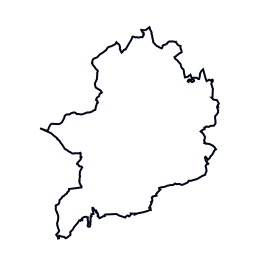 Ticleni, Gorj, Romania (Albers equal-area conic projection), rotated 167°
{"feature_id": "2599482B86520086133698", "entity_name": "Ticleni", "entity_type": "district", "adm_level": 2, "iso_a3": "ROU", "parent_name": "Romania", "parent_adm1": "Gorj", "projection": "albers", "projection_center": [23.405, 44.879], "detail": "fine", "context": "isolated", "style": "outline", "palette": "ink", "viewbox_px": 256, "rotation_deg": 167, "n_neighbors": 0, "source": "geoboundaries", "source_scale": "gbopen_adm2", "svg_char_len": 5739}
<svg xmlns="http://www.w3.org/2000/svg" viewBox="0 0 256 256"><g transform="rotate(167 128 128)"><path d="M93.0,220.6L93.1,220.3L92.5,219.2L92.5,218.5L92.1,218.1L92.0,217.6L91.4,217.1L91.5,216.5L92.0,216.0L91.9,215.3L91.7,215.3L91.9,214.8L92.4,214.6L93.4,213.2L95.2,213.8L96.1,213.6L98.0,213.9L99.1,214.6L100.2,214.5L101.9,215.7L103.1,216.0L103.9,214.5L105.2,213.0L112.2,205.6L112.6,205.6L112.7,205.1L114.6,204.9L116.5,203.2L117.3,202.9L117.9,204.9L117.7,205.8L118.2,206.7L117.6,208.5L117.7,210.5L117.9,211.3L119.6,213.3L119.9,214.2L120.4,213.9L120.9,213.0L121.4,212.6L125.4,211.5L128.8,211.3L129.9,210.7L132.2,208.5L133.1,208.4L134.8,207.4L138.9,206.0L142.1,203.8L145.8,203.2L146.6,202.7L147.6,201.5L148.4,199.5L148.1,199.4L148.2,197.6L146.9,195.2L146.2,193.1L144.7,191.0L144.7,189.8L145.5,189.0L146.3,185.6L146.8,184.8L147.2,182.7L148.0,181.8L150.4,178.6L150.4,175.2L150.1,174.4L146.3,170.8L145.5,168.4L147.8,167.7L148.4,166.9L148.9,165.6L151.3,164.6L152.2,163.7L152.8,162.4L152.0,161.8L151.6,159.5L152.6,159.3L154.0,156.7L154.5,156.2L155.6,153.3L156.0,153.0L157.8,152.8L158.9,152.2L161.8,151.8L164.4,152.3L168.3,151.7L170.7,151.7L173.3,152.9L174.8,153.1L175.8,154.7L177.5,155.4L180.3,155.1L182.1,154.4L184.5,155.0L185.9,154.6L187.0,153.9L187.9,152.1L191.1,148.4L192.0,148.0L193.3,147.5L194.8,147.4L201.1,149.2L202.2,149.0L202.8,148.7L204.9,146.4L206.1,144.3L206.8,143.9L208.3,143.9L213.7,147.5L204.0,140.1L201.5,136.6L199.2,133.9L199.5,133.6L199.4,133.2L197.6,130.9L197.1,129.1L195.8,126.4L194.5,122.5L194.0,121.5L193.0,120.8L190.3,117.8L189.3,117.2L188.7,116.3L187.2,115.4L185.1,115.3L181.9,114.4L180.2,114.5L180.2,114.0L179.9,113.8L180.2,113.4L180.4,111.0L180.8,110.5L179.9,110.0L181.3,108.0L185.7,104.9L185.6,104.0L184.7,103.6L184.0,101.6L182.3,101.0L181.5,100.0L184.6,96.4L185.6,93.2L185.7,92.3L185.5,92.0L186.6,89.5L187.0,87.6L187.5,87.3L187.4,84.5L187.1,83.9L187.0,82.9L186.5,82.0L186.5,81.3L187.1,80.9L187.0,80.6L199.2,81.8L199.4,80.8L200.0,80.2L200.1,79.7L201.5,79.1L202.0,78.6L202.1,78.0L204.6,77.0L205.9,76.1L207.3,75.9L208.7,74.4L210.9,73.2L211.9,70.4L213.2,69.3L215.6,68.9L216.0,68.5L216.1,67.1L216.6,65.7L216.7,64.4L216.6,63.2L216.1,62.2L216.4,61.3L216.0,60.4L215.8,58.0L216.1,57.0L216.1,56.1L217.0,53.9L218.6,50.9L218.6,49.9L218.9,48.7L218.6,48.0L218.6,46.0L218.2,43.4L218.9,42.4L222.0,40.1L220.9,37.7L220.9,36.0L220.1,36.0L219.7,38.3L219.4,38.6L217.4,37.3L214.8,36.3L213.5,34.6L210.8,35.4L209.4,36.3L208.3,36.6L207.9,37.4L207.8,39.5L204.6,41.5L202.8,43.6L198.3,46.9L196.6,48.7L196.2,49.0L195.3,48.3L194.9,48.9L194.3,49.1L193.3,48.5L193.0,49.3L193.3,50.2L192.2,50.8L190.3,51.1L188.8,51.0L188.2,50.3L187.3,50.1L187.4,49.3L187.8,48.9L187.7,47.6L188.1,46.6L187.7,45.3L188.3,44.6L188.4,43.9L188.2,43.6L189.2,42.3L189.3,41.3L188.8,40.7L187.7,40.5L187.5,40.8L187.2,40.7L186.3,42.6L185.9,44.9L185.4,45.3L185.5,46.1L185.2,46.6L184.7,48.9L184.4,49.0L184.2,50.4L183.3,50.3L183.0,52.3L180.9,52.0L180.9,56.7L180.6,58.2L180.0,58.1L178.2,53.6L178.1,53.9L178.4,54.9L177.7,54.9L177.4,53.4L176.8,52.1L176.6,50.4L176.8,49.6L177.3,49.4L177.4,48.8L176.6,48.5L176.6,47.4L175.9,46.5L171.9,47.6L170.5,47.4L170.4,47.8L170.7,48.1L170.6,48.3L169.5,48.8L158.7,46.8L155.9,44.4L150.8,41.4L149.9,42.2L148.2,42.9L147.3,42.4L147.0,41.7L146.5,41.7L144.0,43.4L144.5,43.7L144.5,44.1L141.4,43.1L140.3,43.1L140.0,42.7L140.4,42.2L139.3,42.3L138.4,42.7L131.7,42.5L127.1,42.8L124.9,43.3L124.3,43.0L124.1,45.1L125.3,45.5L125.1,45.9L124.5,46.1L123.4,47.9L122.8,48.1L122.1,49.5L122.2,50.4L121.4,50.3L121.3,50.7L121.6,51.1L120.5,51.9L120.4,55.0L119.7,55.0L119.2,55.7L117.2,55.8L116.0,55.5L115.4,55.6L115.6,56.7L115.3,57.4L114.9,57.5L114.0,58.5L111.8,59.7L110.6,60.6L111.0,60.8L111.3,61.3L111.2,62.5L109.1,62.7L105.1,62.4L103.3,62.9L99.3,62.8L97.1,62.3L94.5,63.3L93.5,62.4L90.3,61.9L88.9,60.6L87.7,60.4L82.4,61.4L80.5,63.0L78.9,62.4L72.0,62.8L66.7,64.5L63.3,65.1L62.2,67.2L61.4,67.9L61.0,69.3L60.9,71.9L61.0,72.9L60.9,73.6L58.9,75.4L58.6,75.5L58.1,74.9L57.8,75.1L58.0,75.7L59.0,77.0L58.7,77.7L59.2,77.8L59.5,78.3L59.7,79.3L59.5,80.2L59.7,82.0L58.8,82.5L57.2,79.2L56.4,79.6L55.1,80.4L53.6,82.2L52.9,82.4L51.8,83.2L48.4,87.1L47.1,87.4L47.9,89.6L49.5,92.0L50.6,92.6L52.0,94.0L54.7,95.0L55.8,95.2L56.9,96.1L56.2,96.5L56.8,98.3L55.7,100.2L55.0,102.2L56.0,105.3L56.6,106.4L56.6,106.9L57.2,107.1L58.0,108.3L55.5,109.5L53.6,109.7L53.5,111.2L52.2,111.3L52.0,111.6L51.0,111.8L49.8,111.1L48.5,110.9L47.6,111.5L43.7,110.9L41.7,112.9L41.3,114.4L40.8,118.8L40.4,119.9L38.7,121.1L36.7,122.9L36.2,125.0L36.6,128.3L35.6,129.7L35.4,129.4L35.4,130.0L34.5,130.7L34.0,131.5L35.1,135.2L38.5,136.5L39.8,138.8L38.9,138.6L36.4,147.4L36.8,148.6L36.6,149.9L37.0,152.2L35.7,154.0L35.1,154.2L34.7,154.7L34.6,155.7L34.8,156.1L35.3,156.2L36.8,155.5L37.9,156.8L40.9,156.0L41.3,159.3L41.6,168.3L43.8,166.9L45.6,164.8L46.7,161.5L47.8,159.7L48.3,159.8L50.0,161.6L52.7,162.2L54.1,161.5L53.5,160.2L52.9,159.7L52.9,159.2L53.2,158.8L55.1,158.3L55.6,158.5L56.2,159.7L57.4,160.8L58.0,160.5L58.6,159.3L59.3,160.1L58.1,161.4L57.0,161.4L56.1,160.6L54.8,161.1L54.7,161.7L54.5,161.9L55.2,165.9L58.5,164.4L61.2,164.5L61.0,165.5L61.1,168.2L60.8,170.7L60.8,172.6L62.0,174.3L62.5,176.3L62.3,177.4L62.5,178.7L63.7,180.6L64.7,182.7L66.3,184.7L66.8,186.6L65.0,187.2L62.0,188.8L58.7,189.7L58.5,191.5L58.9,194.0L58.8,194.8L58.3,195.9L60.4,197.3L61.6,199.5L61.8,201.2L63.0,201.4L65.4,202.5L66.8,202.5L68.1,203.1L70.1,202.4L70.8,201.4L71.6,201.4L72.1,201.0L73.5,200.7L74.4,200.9L75.1,200.8L75.6,200.5L75.7,199.8L76.6,198.8L76.8,198.2L77.5,198.0L81.8,201.8L84.1,205.8L83.8,207.6L84.0,208.3L83.8,210.4L84.0,211.1L83.6,212.8L83.9,213.8L83.9,214.8L83.5,215.4L83.7,217.1L84.0,217.5L84.0,218.1L84.4,219.5L84.2,220.6L84.4,221.4L88.1,219.7L89.2,219.5L90.3,219.6L93.0,220.6Z" fill="none" stroke="#020617" stroke-width="2"/></g></svg>